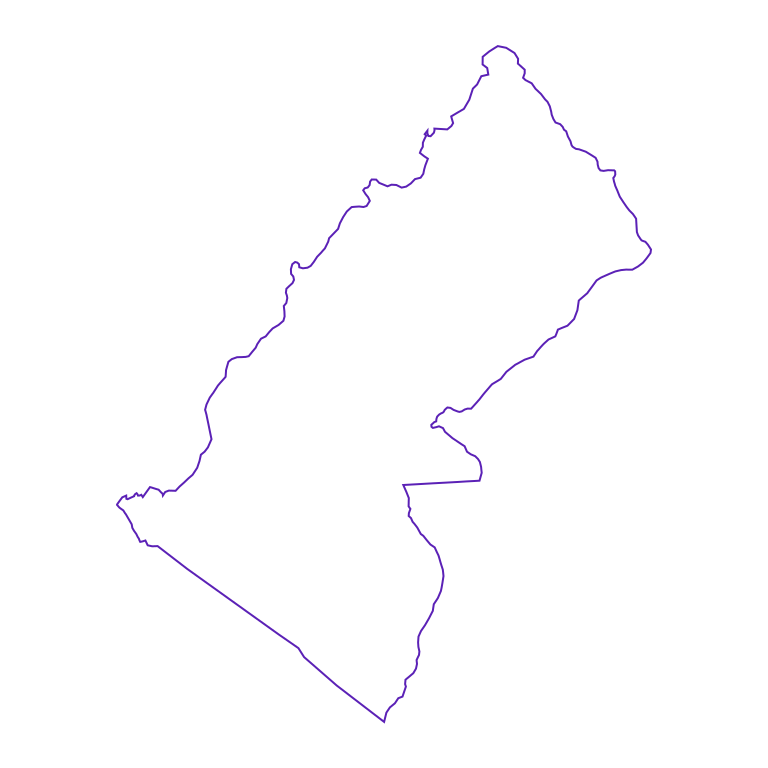 the district of Las Minas, Veracruz, Mexico
{"feature_id": "50627088B75168752145477", "entity_name": "Las Minas", "entity_type": "district", "adm_level": 2, "iso_a3": "MEX", "parent_name": "Mexico", "parent_adm1": "Veracruz", "projection": "albers", "projection_center": [-97.147, 19.704], "detail": "fine", "context": "isolated", "style": "outline", "palette": "violet", "viewbox_px": 768, "rotation_deg": 0, "n_neighbors": 0, "source": "geoboundaries", "source_scale": "gbopen_adm2", "svg_char_len": 5480}
<svg xmlns="http://www.w3.org/2000/svg" viewBox="0 0 768 768"><path d="M136.3,534.0L137.7,536.9L138.9,538.7L139.4,540.2L140.2,541.9L140.3,541.9L142.9,541.3L145.4,540.5L147.7,545.3L152.2,546.3L157.6,546.1L166.3,552.8L187.2,568.9L278.5,634.3L296.5,646.8L298.4,648.1L304.1,657.1L336.7,685.5L384.1,721.9L386.4,712.6L389.9,707.4L394.9,703.3L398.3,698.2L402.5,696.6L404.2,691.6L405.9,686.6L405.1,684.1L405.5,679.7L409.5,676.4L410.9,675.2L413.3,673.2L416.0,668.6L417.0,663.9L416.7,661.2L416.6,660.0L418.2,656.6L419.0,655.0L419.4,651.5L418.4,646.9L418.1,642.4L418.5,636.6L421.0,631.0L423.0,628.1L425.0,625.2L429.0,618.3L431.7,613.0L432.8,610.9L433.8,604.2L436.8,599.7L437.9,598.0L440.9,591.0L441.6,587.7L442.4,583.1L443.5,576.1L443.1,572.1L442.8,569.6L441.3,565.0L440.2,561.3L439.5,558.8L438.5,555.5L436.7,551.8L434.7,547.4L430.4,544.5L426.7,540.1L423.3,535.8L420.8,534.0L417.3,527.6L414.4,523.8L412.6,521.8L411.0,518.1L408.7,516.0L408.9,513.1L410.4,508.9L409.6,507.8L408.6,506.3L408.7,503.0L408.7,502.1L408.8,498.0L408.3,496.8L406.4,492.0L403.3,485.0L419.2,484.1L433.2,483.3L442.7,482.8L457.2,482.0L466.8,481.4L476.2,480.9L479.5,480.7L481.7,472.8L481.3,469.2L481.1,466.9L479.9,462.0L478.0,459.0L475.2,456.2L470.8,454.3L467.0,451.7L464.6,446.2L461.3,444.1L452.4,438.1L445.0,431.8L443.0,428.1L439.0,426.3L436.4,427.1L432.9,427.9L431.5,426.8L431.3,424.9L432.2,424.0L432.7,423.6L434.3,422.1L436.2,421.4L436.4,419.1L436.6,418.3L437.2,416.6L439.1,414.6L441.2,413.3L442.3,412.9L443.4,412.2L444.0,411.3L444.7,409.9L446.3,408.4L447.4,407.5L450.5,407.9L453.6,409.9L457.8,411.5L459.4,411.9L461.7,411.4L464.7,409.5L467.6,408.6L470.8,408.7L471.1,408.7L477.4,401.7L478.5,400.4L479.1,399.8L482.6,395.3L482.9,394.9L485.3,392.0L486.1,391.1L490.9,385.5L492.1,384.2L498.1,380.6L500.8,378.9L503.8,375.1L506.4,371.8L514.5,365.4L515.2,364.8L517.9,363.4L520.4,362.0L523.9,360.1L524.6,359.7L529.2,358.1L533.5,356.6L533.7,356.2L537.2,351.0L538.6,349.5L540.6,347.2L543.0,344.6L543.6,344.0L544.1,343.5L548.4,339.6L548.5,339.5L555.3,336.4L556.2,334.3L557.4,331.1L557.9,329.6L558.9,329.2L561.7,328.0L566.5,326.1L567.5,325.7L573.0,320.1L574.1,319.0L577.4,310.2L577.5,309.5L578.8,300.5L587.4,293.1L587.9,292.3L592.1,286.6L595.5,281.9L596.6,280.4L600.6,277.8L602.5,276.9L609.3,273.9L613.4,272.2L615.4,271.4L619.3,270.5L621.0,270.1L626.1,269.6L630.4,269.7L632.3,269.7L638.0,266.5L643.0,262.7L646.4,258.6L647.3,257.4L650.5,253.0L651.0,249.5L647.9,244.7L645.4,241.8L643.1,241.0L641.6,240.4L640.7,239.3L638.1,235.4L636.9,232.1L636.5,225.7L636.1,218.7L634.9,216.9L632.9,214.0L629.3,210.4L626.6,206.9L623.8,202.8L623.3,202.1L623.2,201.9L621.1,198.7L619.8,196.7L617.8,191.8L617.4,190.7L616.5,188.7L615.2,185.7L614.8,184.1L614.0,181.5L613.3,178.0L614.6,176.3L615.3,174.5L615.1,171.3L614.1,170.3L611.7,170.3L608.0,170.2L603.6,170.9L600.4,170.4L598.6,168.1L597.7,164.6L597.5,161.7L595.6,157.8L592.0,155.5L585.8,151.7L579.0,149.3L576.0,148.9L574.2,147.8L572.5,146.6L571.5,145.0L570.5,141.3L567.9,136.5L566.2,131.3L564.0,129.7L562.7,126.9L560.2,124.2L555.5,122.5L553.4,119.0L551.7,114.7L551.2,111.7L549.8,106.3L547.5,101.8L545.1,99.4L541.0,94.0L535.5,88.8L531.7,83.3L525.5,80.1L523.1,77.8L524.7,73.3L524.7,69.7L517.9,63.6L518.1,58.8L514.5,53.0L506.2,47.8L497.8,46.1L494.5,48.1L489.2,51.5L482.7,56.8L482.6,64.5L487.2,68.0L488.3,74.6L481.3,76.2L477.1,84.5L472.9,88.6L469.3,99.7L463.9,108.9L457.4,112.7L451.2,116.4L451.9,119.0L453.1,123.1L451.4,126.0L447.3,129.4L434.4,128.6L434.5,130.4L433.9,132.7L430.6,136.2L428.4,136.0L427.3,133.1L427.4,130.7L424.7,134.2L426.2,135.6L424.3,139.4L422.9,142.7L422.8,146.8L421.0,149.9L419.9,152.9L424.4,156.4L427.9,158.7L425.4,165.2L424.2,169.4L423.3,173.8L420.6,177.7L415.0,179.1L410.9,183.4L406.2,186.6L401.6,187.6L396.4,185.0L391.5,184.7L387.5,186.3L383.4,184.6L379.2,182.9L376.2,179.6L371.7,179.5L370.1,181.6L369.6,185.1L367.7,187.5L364.7,188.3L363.2,190.3L365.6,194.1L368.1,197.2L369.8,200.9L366.6,206.0L363.5,207.0L359.2,206.5L354.6,206.8L351.6,207.1L346.8,211.5L343.2,217.0L339.9,223.3L338.1,228.9L332.6,234.6L329.1,238.2L328.2,241.7L324.9,248.4L322.7,250.8L321.1,252.7L317.2,256.7L313.8,261.9L310.7,265.9L307.5,267.7L302.9,268.3L299.3,267.3L299.0,264.2L297.3,262.6L295.1,262.0L292.3,264.2L290.9,269.2L291.1,273.9L293.3,276.5L294.0,279.9L292.5,283.1L289.5,285.8L286.4,288.8L285.9,292.7L286.9,295.6L287.3,298.0L286.3,303.0L283.8,306.0L284.4,311.3L284.6,316.5L283.4,320.8L278.5,325.0L272.7,328.4L269.2,332.1L265.7,336.4L261.0,338.7L257.3,344.1L255.7,347.7L252.0,352.1L248.7,356.2L245.7,356.9L241.7,357.1L237.1,357.2L231.8,359.1L229.9,360.6L228.4,361.8L226.9,367.0L226.0,370.3L226.0,371.1L225.8,374.2L225.6,376.8L224.6,378.0L220.2,382.9L217.9,385.6L216.0,388.6L214.9,390.3L214.5,390.9L213.1,393.1L212.6,393.7L209.8,397.6L206.5,404.5L205.1,409.8L205.6,411.5L206.5,414.8L206.8,416.4L208.3,423.6L210.4,433.9L211.5,439.2L207.9,447.4L204.6,451.7L200.9,454.7L199.5,461.0L197.2,467.8L192.6,474.8L188.6,478.2L184.0,482.6L179.6,486.5L175.6,490.8L172.3,490.7L168.8,490.6L165.2,492.0L162.9,495.5L162.6,493.7L161.3,492.6L158.6,489.7L156.5,489.1L152.7,487.9L151.5,487.5L150.0,487.1L148.4,489.3L145.3,493.6L142.8,497.1L141.3,494.8L140.5,495.2L139.7,495.5L138.0,495.6L137.5,494.3L136.6,493.2L135.2,494.1L133.8,496.1L133.9,496.3L131.4,497.4L127.6,499.2L126.4,498.8L126.2,495.6L122.3,497.3L121.1,498.9L118.8,502.0L117.1,504.4L117.0,504.8L119.2,507.4L120.3,508.3L123.3,510.4L125.1,513.3L125.9,514.3L131.7,524.3L132.3,527.7L132.4,528.0L134.0,530.8L136.3,534.0Z" fill="none" stroke="#5b21b6" stroke-width="2"/></svg>